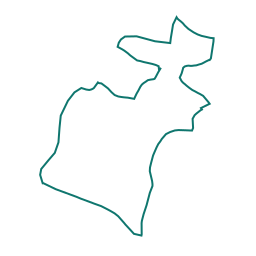 Cap Estate/Becune Park, Gros Islet, Saint Lucia (Mercator projection), rotated 87°
{"feature_id": "8701671B50591469420225", "entity_name": "Cap Estate/Becune Park", "entity_type": "district", "adm_level": 2, "iso_a3": "LCA", "parent_name": "Saint Lucia", "parent_adm1": "Gros Islet", "projection": "mercator", "projection_center": [-60.949, 14.095], "detail": "fine", "context": "isolated", "style": "outline", "palette": "teal", "viewbox_px": 256, "rotation_deg": 87, "n_neighbors": 0, "source": "geoboundaries", "source_scale": "gbopen_adm2", "svg_char_len": 1972}
<svg xmlns="http://www.w3.org/2000/svg" viewBox="0 0 256 256"><g transform="rotate(87 128 128)"><path d="M178.7,216.1L178.6,215.6L185.3,203.4L194.1,182.9L196.0,179.0L201.0,167.4L201.6,166.1L204.6,158.9L208.3,152.5L209.9,149.9L212.5,145.9L215.6,142.4L222.8,136.7L224.2,135.7L231.3,129.8L234.0,127.6L236.1,120.2L234.9,119.9L223.7,119.4L221.4,119.0L214.8,116.9L206.1,113.5L193.9,109.6L187.2,106.6L185.2,106.5L182.2,106.7L176.7,107.7L172.3,108.5L168.6,108.1L164.2,106.8L156.8,104.4L153.7,102.9L148.9,100.5L145.6,98.6L143.0,96.4L140.7,94.8L136.1,90.4L134.2,86.1L132.9,81.4L132.7,77.7L133.3,70.5L133.9,64.2L131.4,63.0L128.3,63.0L123.3,63.0L122.8,63.0L122.2,63.0L118.7,60.8L117.2,59.0L114.0,54.5L113.4,53.2L111.9,54.1L108.1,45.2L106.4,46.3L99.8,51.3L98.9,52.7L97.9,54.2L96.6,56.5L94.9,59.2L93.4,61.8L91.0,64.8L88.7,67.4L87.2,68.9L85.9,70.4L84.3,71.8L82.6,72.7L81.3,73.2L80.5,73.7L79.4,73.2L78.1,72.5L76.3,71.6L74.9,71.1L72.6,70.3L70.7,69.7L69.5,68.1L69.0,65.9L68.9,64.1L69.2,62.7L69.3,61.0L69.1,58.8L69.0,56.4L68.3,53.8L67.7,51.1L66.8,49.1L65.6,46.6L64.1,43.0L65.0,43.4L62.9,41.6L46.0,38.1L42.8,37.8L42.3,41.1L41.0,45.6L39.9,49.6L38.2,53.6L35.9,57.5L32.2,62.5L28.7,65.9L26.3,67.7L24.4,69.6L22.3,72.0L21.2,73.0L19.9,73.7L27.0,77.6L33.5,79.0L40.3,80.5L45.4,81.4L42.8,96.5L36.9,114.6L36.5,126.2L39.2,130.4L42.3,132.7L46.4,134.1L49.1,129.7L50.5,127.7L53.3,124.3L55.6,122.0L61.0,115.4L61.8,112.2L63.0,108.7L64.0,105.0L65.3,100.4L66.5,97.0L67.9,94.2L72.1,93.9L69.6,92.0L73.9,94.9L78.6,97.7L80.3,98.9L80.6,100.0L80.9,103.3L81.3,105.7L82.6,107.7L84.0,110.1L85.4,111.9L87.3,113.4L91.2,115.7L94.1,117.6L97.8,119.6L99.2,120.3L97.7,126.6L97.2,130.2L96.7,133.0L96.0,136.1L94.4,139.6L91.4,142.6L87.4,145.9L84.5,149.3L82.1,152.2L81.5,155.4L81.0,155.7L86.3,160.0L87.1,161.3L87.7,163.0L88.0,164.7L87.4,167.7L85.6,172.5L89.6,179.6L97.7,186.6L112.1,194.5L124.3,196.4L138.7,198.2L149.0,202.4L155.8,208.9L164.4,216.8L170.2,218.2L178.7,216.1Z" fill="none" stroke="#0f766e" stroke-width="2"/></g></svg>